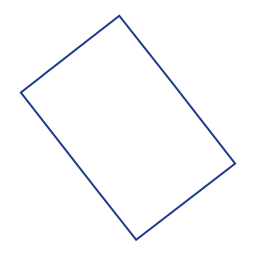 Brookings, South Dakota, United States of America, rotated 232°
{"feature_id": "52423323B48184039909983", "entity_name": "Brookings", "entity_type": "district", "adm_level": 2, "iso_a3": "USA", "parent_name": "United States of America", "parent_adm1": "South Dakota", "projection": "equal_earth", "projection_center": [-96.535, 44.37], "detail": "fine", "context": "isolated", "style": "outline", "palette": "blue", "viewbox_px": 256, "rotation_deg": 232, "n_neighbors": 0, "source": "geoboundaries", "source_scale": "gbopen_adm2", "svg_char_len": 562}
<svg xmlns="http://www.w3.org/2000/svg" viewBox="0 0 256 256"><g transform="rotate(232 128 128)"><path d="M102.0,65.3L34.9,65.6L34.0,190.5L100.7,190.6L134.6,190.7L221.8,190.2L221.8,169.4L221.8,169.1L221.9,164.2L221.9,163.1L221.8,159.3L221.8,158.2L221.9,154.1L221.9,153.5L221.9,148.7L221.9,148.2L221.8,143.7L221.9,142.9L221.9,138.4L221.9,137.8L221.9,136.7L221.9,133.3L221.9,131.4L221.9,122.9L221.9,120.7L222.0,102.1L222.0,95.3L221.9,91.5L221.9,90.8L221.9,78.6L221.9,75.0L221.9,71.4L221.9,65.4L102.0,65.3Z" fill="none" stroke="#1e3a8a" stroke-width="2"/></g></svg>